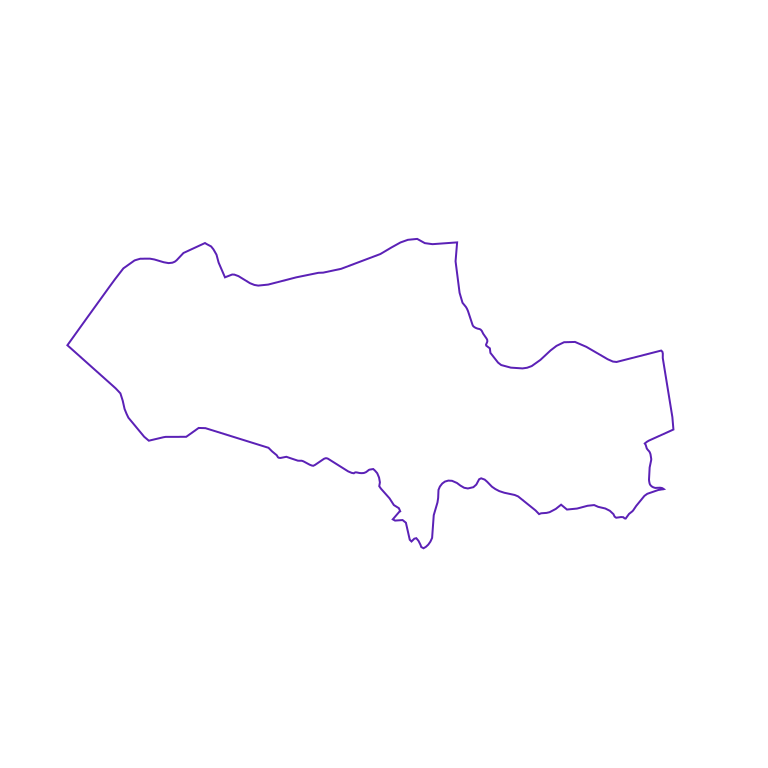 outline of Matagalpa, rotated 29°
{"feature_id": "NIC-666", "entity_name": "Matagalpa", "entity_type": "Department", "adm_level": 1, "iso_a3": "NIC", "parent_name": "Nicaragua", "parent_adm1": "", "projection": "albers", "projection_center": [-85.323, 12.952], "detail": "fine", "context": "isolated", "style": "outline", "palette": "violet", "viewbox_px": 768, "rotation_deg": 29, "n_neighbors": 0, "source": "natural_earth", "source_scale": "10m", "svg_char_len": 3137}
<svg xmlns="http://www.w3.org/2000/svg" viewBox="0 0 768 768"><g transform="rotate(29 384 384)"><path d="M457.3,498.1L459.3,488.5L459.9,487.5L457.2,485.4L451.3,485.1L444.2,481.3L432.0,477.0L429.4,475.7L428.1,472.0L425.0,468.2L421.3,465.3L418.0,464.1L415.8,463.6L413.0,465.8L412.4,466.5L411.8,468.0L411.0,469.8L409.8,471.3L409.1,471.9L407.5,472.9L405.8,473.7L402.9,474.6L401.9,475.1L401.3,475.8L400.9,476.7L398.8,477.4L395.0,477.8L371.2,476.5L370.0,476.7L369.1,477.1L368.4,477.8L367.8,478.5L362.9,488.2L361.8,489.8L360.4,490.3L358.2,490.6L351.0,490.7L349.3,491.0L345.9,492.8L338.4,494.2L333.9,495.0L329.4,498.8L327.9,499.5L326.8,499.5L324.7,498.3L318.8,497.2L313.9,495.8L249.2,509.2L243.2,512.3L236.6,526.1L218.8,536.0L216.9,537.5L205.8,547.6L199.8,546.4L176.8,537.4L173.3,534.9L169.2,531.6L163.5,525.2L158.0,520.0L151.4,517.9L88.3,503.6L92.2,470.1L96.7,432.4L97.9,422.9L100.0,409.2L105.9,396.9L107.3,395.4L110.1,392.6L118.4,387.9L122.8,386.4L132.3,384.3L137.0,382.7L140.1,380.5L141.7,378.5L142.6,376.4L145.1,366.6L159.1,347.5L161.0,347.6L166.1,347.5L169.5,348.9L174.8,352.1L180.5,358.0L193.2,367.8L198.1,361.9L200.0,360.9L204.4,360.2L217.9,360.8L222.6,360.2L226.3,358.9L234.5,353.2L255.5,333.3L272.8,318.5L276.8,316.1L290.7,304.0L317.8,272.1L324.3,261.0L329.8,252.2L335.0,246.3L342.7,241.0L351.4,241.0L358.6,238.2L379.3,224.7L387.1,242.0L405.9,267.6L413.3,274.9L418.3,276.9L420.0,277.9L422.1,279.5L432.7,289.3L433.5,289.9L434.5,290.3L435.6,290.4L436.7,290.5L439.0,290.2L441.0,289.6L442.2,289.6L443.7,290.1L446.5,292.0L451.8,294.6L453.0,295.5L453.8,296.8L454.2,300.2L454.9,300.9L459.3,301.5L462.0,305.2L473.4,310.0L477.3,310.6L487.0,308.2L497.6,303.2L501.3,300.4L504.5,296.7L509.1,287.1L513.4,273.9L516.4,267.0L521.2,260.2L530.7,254.6L543.0,253.4L567.6,253.9L573.3,253.4L576.7,252.0L610.2,220.4L611.8,220.8L613.1,222.2L615.2,226.1L652.3,273.2L659.2,283.5L643.2,305.0L642.0,307.0L640.9,309.6L641.7,310.0L642.4,310.4L645.1,313.0L646.0,313.4L646.9,313.8L647.9,314.1L648.9,314.5L649.7,315.0L651.1,316.2L654.0,319.9L654.5,320.8L656.8,328.2L662.2,339.3L663.3,340.8L664.5,342.2L665.2,342.8L666.1,343.3L667.1,343.6L668.2,343.8L669.5,343.8L670.6,343.6L671.6,343.4L675.7,340.9L676.7,340.5L677.7,340.2L678.7,340.2L679.7,340.3L679.4,340.6L678.1,341.5L675.6,343.5L675.3,343.7L667.5,352.4L666.0,355.6L663.7,368.3L663.2,373.8L662.9,375.0L661.3,378.8L660.6,384.5L659.5,384.9L657.9,384.5L655.9,385.4L651.9,388.4L650.0,388.2L647.8,386.6L643.0,385.4L637.9,385.6L630.9,387.6L626.5,388.0L621.1,391.8L613.3,399.3L604.9,405.1L597.4,403.7L594.8,410.0L591.0,415.8L588.7,417.9L584.1,420.9L582.7,422.6L577.8,421.1L555.8,417.3L552.1,417.7L541.9,420.8L536.7,421.8L532.3,421.9L528.2,421.5L521.6,419.5L518.4,418.8L514.7,419.4L513.4,421.2L513.5,427.2L512.2,430.9L508.0,434.7L504.4,435.9L500.0,435.8L495.8,435.2L490.4,435.7L487.1,437.3L484.6,439.8L483.2,442.8L482.6,446.6L483.0,450.2L486.6,457.4L488.2,461.7L491.1,474.6L500.7,495.3L501.0,499.4L500.6,503.0L499.6,506.1L498.2,508.5L495.6,508.5L493.8,506.9L490.3,504.5L487.0,503.2L485.5,504.6L484.4,508.4L482.0,507.7L470.4,494.7L466.2,494.0L459.9,498.1L457.3,498.1Z" fill="none" stroke="#5b21b6" stroke-width="2"/></g></svg>